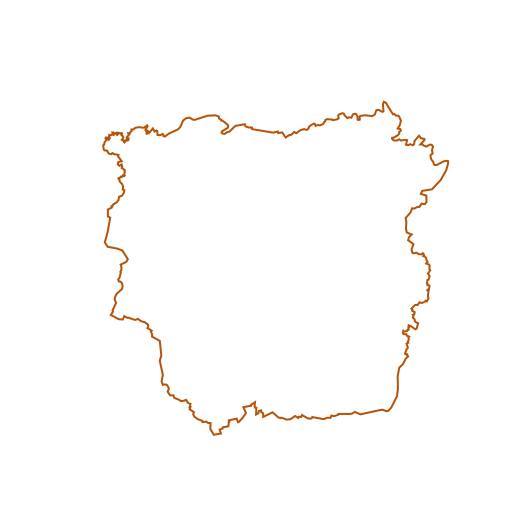 the district of Bang Rakam, Phitsanulok, Thailand, rotated 286°
{"feature_id": "78962969B65860849823906", "entity_name": "Bang Rakam", "entity_type": "district", "adm_level": 2, "iso_a3": "THA", "parent_name": "Thailand", "parent_adm1": "Phitsanulok", "projection": "albers", "projection_center": [100.075, 16.744], "detail": "fine", "context": "isolated", "style": "outline", "palette": "amber", "viewbox_px": 512, "rotation_deg": 286, "n_neighbors": 0, "source": "geoboundaries", "source_scale": "gbopen_adm2", "svg_char_len": 6082}
<svg xmlns="http://www.w3.org/2000/svg" viewBox="0 0 512 512"><g transform="rotate(286 256 256)"><path d="M326.8,80.5L323.4,79.0L321.4,79.4L320.2,78.6L316.5,80.2L315.8,81.3L316.2,83.9L313.9,86.0L313.9,88.7L315.4,89.6L314.8,91.4L315.3,95.9L313.7,96.0L310.1,100.8L308.3,97.7L306.0,97.9L305.0,100.0L307.0,101.6L305.0,102.8L303.7,102.6L302.5,106.2L301.3,106.1L300.8,106.8L298.0,106.8L297.4,107.4L297.0,106.2L296.3,106.8L296.1,105.6L294.9,105.2L295.0,104.1L293.6,103.6L293.1,102.5L292.3,102.5L291.3,104.0L290.1,104.3L288.1,107.6L286.1,109.1L283.2,109.6L283.0,111.3L280.5,111.6L277.0,110.6L275.2,108.0L271.9,108.4L269.0,107.2L266.2,104.5L264.4,104.3L264.0,103.3L262.8,104.0L259.8,100.8L253.2,102.7L252.7,105.3L237.7,106.8L227.4,106.9L224.0,110.8L224.9,121.1L224.4,126.1L217.6,133.7L214.6,132.9L210.4,128.3L208.1,129.8L205.5,130.4L203.4,130.0L202.9,130.6L198.1,130.8L195.1,130.1L193.7,131.2L194.1,132.4L193.2,134.3L190.7,135.9L188.3,136.4L186.8,136.0L181.7,132.7L178.6,131.9L175.3,132.1L172.3,134.4L164.0,133.1L163.4,133.9L159.3,132.7L157.4,141.5L158.2,145.4L161.9,146.0L161.1,149.4L161.6,150.5L161.2,155.7L161.4,157.9L163.0,159.7L161.7,163.3L161.6,167.5L160.2,171.2L158.4,171.8L156.8,171.5L155.5,176.3L154.5,175.8L151.8,177.9L149.9,178.2L147.9,186.9L134.3,192.4L128.7,192.4L115.9,199.3L109.5,199.8L106.4,202.0L107.1,202.7L107.6,204.9L107.3,206.3L104.6,208.8L101.2,208.5L98.4,211.8L99.3,215.1L97.1,216.5L96.6,221.7L95.8,223.9L97.0,226.7L98.5,228.4L96.1,231.0L95.7,233.8L92.5,233.8L92.7,234.6L90.4,234.4L88.8,239.4L86.6,239.2L84.6,241.0L83.1,245.0L82.7,250.0L81.6,250.5L83.1,254.0L82.3,255.6L82.8,258.4L77.2,259.7L72.5,264.7L75.7,271.2L79.1,268.9L81.0,271.5L82.2,271.4L84.7,276.4L89.0,275.6L89.2,276.0L90.5,275.2L94.3,282.2L91.2,284.6L91.7,285.2L97.0,287.9L102.3,289.6L107.2,285.5L110.7,292.5L111.5,292.2L115.1,295.3L111.3,296.0L110.0,296.9L110.3,298.1L103.7,299.8L105.4,301.6L107.8,301.5L109.0,303.5L107.4,304.1L106.8,306.2L103.3,307.3L110.3,315.0L107.0,322.0L106.9,324.2L107.6,324.8L107.2,330.7L108.7,334.2L113.0,337.7L111.9,341.2L113.3,341.4L113.8,343.8L115.8,344.1L114.2,350.5L114.6,353.2L115.5,354.3L116.7,354.5L117.8,366.0L120.2,369.1L121.0,372.2L123.4,372.4L123.5,375.1L126.1,378.8L126.9,378.8L130.2,390.2L131.0,391.8L133.4,394.0L132.5,399.9L142.0,417.5L143.2,420.2L142.7,424.0L143.6,425.8L147.6,427.8L160.2,430.2L167.6,429.0L179.6,425.3L188.1,424.5L192.7,427.1L198.5,428.2L201.5,429.9L202.4,428.5L203.2,428.4L202.7,427.0L203.3,426.1L207.7,426.5L209.7,427.3L213.1,424.9L214.4,426.1L214.6,425.5L217.8,425.9L219.7,425.0L220.7,425.4L221.0,422.9L222.3,422.1L221.5,419.2L222.6,418.4L224.6,418.3L224.1,419.3L225.8,422.2L226.8,422.0L227.4,423.1L228.9,422.2L230.0,422.8L230.5,422.0L231.5,421.8L231.1,424.9L229.4,429.3L230.4,430.4L236.0,430.4L236.4,428.0L237.4,426.4L238.9,425.9L240.0,423.7L241.7,423.9L242.7,423.0L243.6,424.2L245.8,424.0L246.4,421.1L247.5,421.2L248.2,419.9L252.9,422.6L253.4,424.8L256.6,426.0L256.5,428.3L258.7,431.0L259.8,431.3L259.5,432.8L263.0,433.4L264.7,432.4L270.0,431.4L270.3,430.1L271.4,430.7L271.2,431.4L274.8,431.1L275.5,430.7L275.2,428.9L276.4,428.6L276.8,427.8L280.1,427.4L280.9,428.4L284.7,428.4L286.5,426.1L290.2,427.4L291.4,426.2L294.7,425.5L295.4,425.0L295.7,421.7L297.7,422.5L298.9,421.1L301.1,420.0L302.3,417.9L302.0,416.9L303.6,417.1L304.7,415.6L303.2,414.7L302.6,412.0L303.4,409.4L302.1,406.9L302.1,405.6L305.0,403.7L310.8,404.1L313.1,397.9L315.9,397.8L319.6,399.7L320.2,394.4L323.7,392.6L330.0,391.2L333.7,389.4L340.6,392.6L344.9,392.9L345.2,395.1L347.7,397.6L348.2,399.6L352.0,400.7L352.4,404.0L354.8,405.0L361.0,403.1L361.1,397.4L364.4,397.8L368.6,406.8L379.7,412.5L390.8,415.2L397.9,415.2L400.1,414.5L400.0,412.7L398.7,410.3L393.4,404.7L392.7,402.9L393.0,401.9L395.3,400.4L397.1,398.0L399.8,396.2L401.4,396.1L403.1,397.5L406.4,396.0L410.0,396.0L411.3,394.3L411.0,392.4L408.1,389.6L408.6,386.0L409.2,385.3L408.6,383.3L414.0,386.0L414.9,385.7L414.7,382.0L416.6,379.6L410.3,376.7L407.0,377.1L405.7,376.3L406.0,373.5L404.3,371.4L404.3,369.5L409.0,369.3L408.7,367.2L407.0,363.7L407.7,361.6L405.7,359.6L405.1,356.4L406.2,354.5L407.1,354.2L407.9,355.9L411.0,358.9L413.1,360.0L414.7,359.4L416.4,360.7L417.8,359.7L417.6,357.1L421.3,358.1L426.0,358.0L429.2,355.5L430.1,354.0L429.5,352.0L430.7,349.4L430.0,348.5L439.1,338.6L439.5,336.5L436.8,336.2L430.2,338.7L429.4,337.7L430.3,333.8L429.3,331.5L424.7,331.2L422.5,329.1L421.4,322.2L419.4,317.6L418.5,317.2L415.7,318.2L414.9,316.9L415.1,316.1L418.1,315.1L420.2,312.9L419.8,311.2L418.8,310.2L415.2,309.5L415.0,307.1L413.7,305.9L415.7,302.3L417.1,301.2L417.0,299.5L414.7,296.6L413.7,296.3L411.1,297.5L409.8,296.4L407.7,292.3L408.2,291.6L407.1,286.5L405.9,285.2L404.5,285.4L403.3,284.5L401.5,284.3L399.1,281.4L399.0,279.2L397.5,277.5L399.2,276.2L399.3,275.3L396.5,272.4L394.2,271.2L392.7,271.3L391.2,270.0L391.2,267.1L388.8,263.6L385.2,261.0L385.7,258.5L382.2,256.5L381.6,254.8L378.1,251.8L382.0,247.2L380.3,243.4L381.7,242.7L379.3,238.5L377.0,218.0L377.1,216.9L378.4,216.7L377.5,213.3L377.7,210.1L379.6,208.9L375.4,200.3L368.3,196.2L366.6,193.6L364.8,192.4L364.5,190.3L365.0,188.9L366.3,188.8L371.6,193.6L373.9,193.3L376.1,188.7L376.9,186.3L376.6,185.3L377.4,185.0L378.0,182.5L379.8,181.8L380.0,178.1L377.6,170.9L369.9,159.4L369.7,157.6L370.7,154.1L369.2,150.9L366.2,148.6L359.3,147.7L356.4,146.3L349.4,138.3L345.8,135.6L345.6,134.1L346.9,133.7L347.6,132.6L345.8,130.7L345.2,128.0L348.9,126.6L349.2,125.6L347.7,124.2L350.2,121.7L344.5,119.2L343.4,117.1L344.2,116.8L346.0,118.1L346.6,117.3L346.0,115.7L346.5,115.0L350.9,116.0L351.6,115.4L348.4,113.0L347.5,107.7L345.8,104.4L344.0,103.6L343.3,101.4L341.7,102.0L340.7,101.1L338.8,100.9L338.8,99.4L337.2,100.4L334.3,98.9L333.7,99.3L334.0,101.1L332.2,101.4L331.5,100.4L332.6,99.5L328.9,98.3L329.5,97.3L330.7,97.4L330.7,95.0L332.9,95.7L334.2,95.4L335.3,93.2L336.8,93.5L337.2,93.0L336.4,91.8L336.5,90.5L334.0,89.1L334.4,88.6L336.3,88.7L336.1,87.9L334.4,86.3L335.4,85.0L335.2,84.0L333.1,85.4L333.1,83.8L331.9,83.1L331.9,81.5L329.8,82.0L329.1,83.0L327.0,82.4L327.2,81.6L329.0,80.9L328.5,79.0L327.5,78.9L326.8,80.5Z" fill="none" stroke="#b45309" stroke-width="2"/></g></svg>